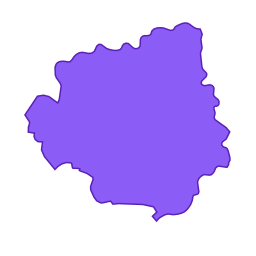 Indre, Mercator projection, rotated 262°
{"feature_id": "FRA-5309", "entity_name": "Indre", "entity_type": "Metropolitan department", "adm_level": 1, "iso_a3": "FRA", "parent_name": "France", "parent_adm1": "", "projection": "mercator", "projection_center": [1.588, 46.82], "detail": "fine", "context": "isolated", "style": "filled", "palette": "violet", "viewbox_px": 256, "rotation_deg": 262, "n_neighbors": 0, "source": "natural_earth", "source_scale": "10m", "svg_char_len": 2587}
<svg xmlns="http://www.w3.org/2000/svg" viewBox="0 0 256 256"><g transform="rotate(262 128 128)"><path d="M94.3,74.6L94.9,72.9L95.8,67.9L97.0,67.4L100.4,67.3L101.4,66.7L102.4,62.0L101.6,57.3L99.6,53.1L97.1,49.9L111.3,41.3L118.4,39.3L126.1,41.4L127.0,36.9L129.5,34.5L132.8,33.8L136.1,34.6L136.3,33.3L137.4,30.0L137.7,28.7L142.7,29.5L145.6,30.9L147.7,31.3L155.3,27.8L172.1,42.8L172.2,48.9L170.1,54.1L162.6,61.9L165.6,63.8L178.9,67.7L181.8,67.1L187.6,64.1L190.7,63.4L198.2,64.2L201.2,65.7L202.5,67.3L203.2,69.2L203.3,71.5L203.0,73.9L201.7,78.1L201.7,79.7L202.8,81.4L206.5,84.9L208.1,87.2L209.2,90.0L209.3,93.3L207.4,99.1L207.1,102.3L208.5,105.3L213.5,108.5L214.9,110.8L214.5,112.9L209.7,117.9L208.3,120.6L206.9,124.4L206.3,128.2L206.9,131.4L208.3,132.9L210.2,133.9L211.7,135.4L212.3,138.0L211.5,140.2L206.7,144.2L205.5,146.2L205.4,148.3L206.1,150.1L207.7,151.4L213.9,152.6L215.7,153.6L217.0,155.6L217.1,157.6L216.7,159.7L216.8,162.1L217.5,163.5L220.8,165.2L222.4,167.5L223.0,170.5L222.8,173.9L222.1,177.0L218.7,183.7L218.8,186.2L219.2,186.9L221.4,188.7L222.5,190.9L223.9,196.0L224.1,198.8L223.6,201.3L222.2,203.4L218.4,207.2L216.8,209.8L215.9,213.3L210.6,214.5L205.6,212.5L197.3,212.5L196.1,212.2L193.2,210.6L191.4,210.1L178.3,209.7L176.8,210.0L175.3,210.5L172.3,212.8L170.9,213.5L169.1,213.2L167.7,212.2L164.6,208.0L163.4,207.0L162.1,206.8L160.8,207.2L159.5,208.9L159.2,210.4L159.3,211.9L159.4,213.3L159.4,214.7L159.0,216.0L158.4,217.2L157.1,218.2L155.4,218.7L149.3,217.3L147.7,217.6L145.9,218.9L144.6,220.3L143.1,221.4L141.3,221.8L138.9,221.3L137.7,220.1L137.3,218.7L137.5,217.3L136.8,216.3L135.4,215.7L131.5,216.3L129.5,216.0L127.8,215.2L126.2,214.8L124.2,215.3L114.6,225.3L110.0,228.2L103.5,223.8L102.7,222.5L102.0,221.1L101.1,219.7L99.8,218.7L98.3,218.5L96.3,219.5L95.5,220.8L95.0,222.1L93.9,223.2L91.9,223.9L85.5,224.7L83.4,224.7L81.7,224.4L79.7,222.9L77.8,222.6L75.3,220.6L77.8,211.9L76.1,209.1L73.3,207.6L71.8,206.3L70.2,204.2L70.0,202.2L71.2,197.1L71.2,196.5L70.8,195.3L70.2,194.0L69.4,192.7L68.3,191.4L67.0,190.4L65.7,189.7L64.2,189.3L55.0,189.3L53.3,188.5L52.7,187.2L52.3,183.9L51.4,182.9L50.4,182.5L47.4,181.6L43.5,179.4L40.1,176.3L38.3,174.1L37.1,172.1L36.2,168.9L35.8,166.0L35.8,161.8L36.0,160.3L36.3,159.0L36.8,157.6L37.2,156.2L37.2,154.2L36.7,151.7L35.1,147.7L34.0,145.7L31.9,143.3L37.2,139.9L40.7,144.8L46.4,142.3L50.2,132.0L54.5,108.0L54.6,104.2L54.8,102.4L57.9,100.7L57.9,98.3L57.4,92.9L57.6,90.7L60.2,86.9L64.1,84.8L71.9,82.5L75.2,82.8L81.9,86.2L84.0,86.3L88.8,81.0L92.3,74.4L93.0,73.9L93.7,74.4L94.3,74.6Z" fill="#8b5cf6" stroke="#5b21b6" stroke-width="1.5"/></g></svg>